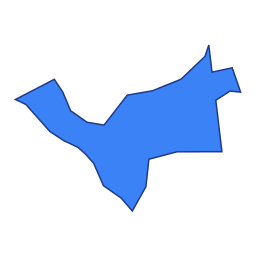 outline of Garkalnes
{"feature_id": "LVA-5760", "entity_name": "Garkalnes", "entity_type": "Municipality", "adm_level": 1, "iso_a3": "LVA", "parent_name": "Latvia", "parent_adm1": "", "projection": "orthographic", "projection_center": [24.371, 57.025], "detail": "fine", "context": "isolated", "style": "filled", "palette": "blue", "viewbox_px": 256, "rotation_deg": 0, "n_neighbors": 0, "source": "natural_earth", "source_scale": "10m", "svg_char_len": 469}
<svg xmlns="http://www.w3.org/2000/svg" viewBox="0 0 256 256"><path d="M103.5,185.7L93.6,163.2L85.4,154.0L77.9,147.3L64.2,140.9L50.0,131.6L25.9,104.5L15.4,99.5L54.3,79.3L62.8,92.1L70.6,110.7L86.9,122.2L104.0,125.1L127.3,95.1L152.2,90.8L180.9,79.3L205.0,56.4L208.8,45.0L212.0,72.1L232.2,67.8L240.6,92.1L229.8,91.1L215.8,100.3L221.9,151.7L176.9,151.8L148.9,159.2L145.9,186.7L132.3,211.0L121.3,198.2L103.5,185.7Z" fill="#3b82f6" stroke="#1e3a8a" stroke-width="1.5"/></svg>